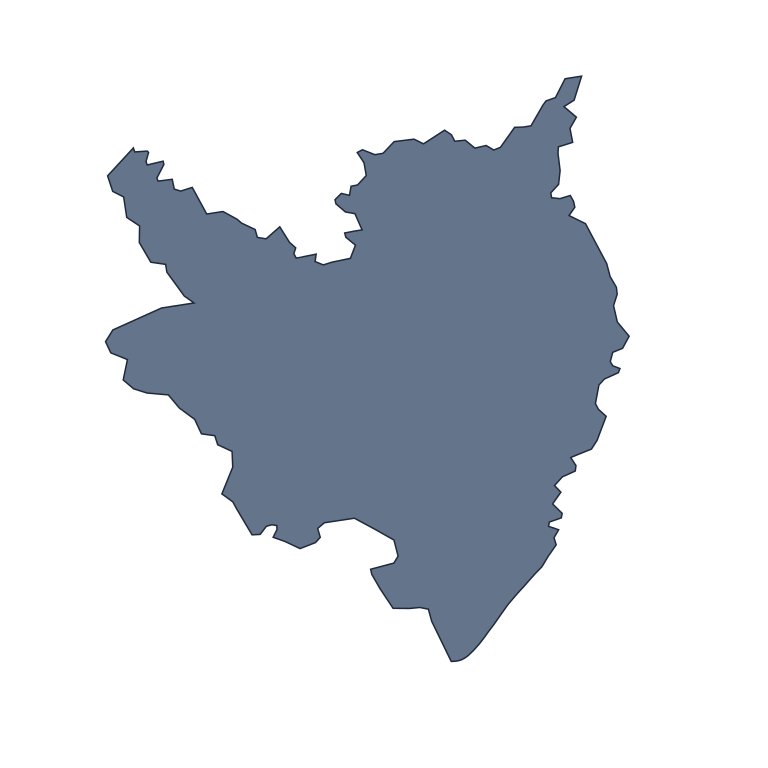 Lorenzo Geyres, Paysandú, Uruguay, rotated 257°
{"feature_id": "84410073B97656346640878", "entity_name": "Lorenzo Geyres", "entity_type": "district", "adm_level": 2, "iso_a3": "URY", "parent_name": "Uruguay", "parent_adm1": "Paysandú", "projection": "orthographic", "projection_center": [-57.922, -32.146], "detail": "fine", "context": "isolated", "style": "filled", "palette": "slate", "viewbox_px": 768, "rotation_deg": 257, "n_neighbors": 0, "source": "geoboundaries", "source_scale": "gbopen_adm2", "svg_char_len": 2602}
<svg xmlns="http://www.w3.org/2000/svg" viewBox="0 0 768 768"><g transform="rotate(257 384 384)"><path d="M617.1,415.7L615.6,410.0L604.0,414.3L591.1,413.6L583.9,403.0L584.1,396.4L575.6,392.8L579.3,385.3L574.6,377.7L570.3,377.7L560.3,385.1L556.5,394.0L539.1,397.3L539.6,390.1L540.0,379.7L535.6,379.8L525.7,387.4L514.0,379.5L514.4,360.9L513.7,351.7L518.8,344.4L525.8,347.1L526.4,326.8L531.3,325.5L536.5,328.6L543.3,323.8L560.6,317.8L552.0,301.8L555.3,293.6L563.5,293.2L572.9,281.3L577.4,278.1L588.3,265.9L589.5,249.5L618.7,241.4L617.7,229.3L621.1,223.5L631.1,223.7L632.5,209.5L635.8,209.1L647.4,218.9L650.8,218.9L650.7,202.5L654.3,202.2L662.6,206.7L664.2,205.7L666.2,193.3L670.4,192.9L649.0,161.5L632.7,163.0L624.8,172.4L604.2,170.8L593.0,181.4L576.9,177.4L555.1,184.2L549.7,198.1L541.8,197.6L514.6,209.2L505.7,217.1L508.1,184.3L497.7,132.0L487.9,122.2L475.8,124.8L465.5,139.5L446.6,130.8L435.6,139.0L428.5,151.1L421.9,171.4L406.6,179.2L392.1,191.6L376.5,194.9L371.7,207.5L362.2,208.3L352.5,220.8L337.0,217.9L313.4,201.3L303.1,210.2L295.2,212.4L266.7,221.5L265.3,229.5L271.8,237.4L272.1,243.0L270.2,247.7L266.3,247.0L259.6,241.5L252.6,252.4L242.5,265.2L244.9,281.6L248.9,287.4L258.2,286.9L262.2,294.7L259.9,324.9L244.2,342.8L229.7,358.6L213.1,359.0L207.3,353.3L206.5,329.3L201.2,329.3L185.4,334.1L163.4,342.4L159.5,358.6L158.2,368.6L154.6,376.6L142.0,377.1L98.5,387.1L97.8,391.6L97.6,394.3L97.9,397.8L99.0,401.6L100.6,405.2L104.2,411.2L107.3,415.6L109.7,418.9L114.6,424.9L119.4,430.3L124.8,436.8L133.6,446.6L141.3,455.3L146.8,462.7L147.8,464.0L152.1,470.1L155.0,474.4L160.3,481.7L165.6,489.3L170.3,496.6L173.2,499.5L179.2,505.2L182.2,508.6L183.3,509.8L188.6,515.6L196.0,515.1L202.7,521.4L208.3,512.3L212.3,514.1L213.7,526.7L217.9,528.5L229.2,521.3L238.8,532.0L246.7,527.3L253.4,536.9L256.2,550.8L261.3,552.7L270.4,549.4L271.8,558.0L273.9,571.5L281.1,578.9L302.5,593.2L311.2,587.2L317.3,585.6L334.7,593.2L339.3,599.9L342.3,614.9L346.0,617.4L350.3,611.0L354.9,609.5L363.4,614.0L365.1,624.5L375.4,633.6L391.9,625.3L408.7,625.3L419.0,631.4L425.9,632.2L437.8,628.5L451.2,628.1L494.9,616.4L506.5,602.2L513.3,609.7L519.3,609.8L525.8,607.9L525.0,597.2L527.8,589.2L532.7,589.5L539.2,599.0L552.3,603.6L569.4,605.4L575.8,607.2L577.0,622.2L591.2,622.7L600.7,631.5L613.8,621.7L617.8,633.1L639.5,645.8L640.7,629.1L624.5,615.5L623.4,605.6L620.0,601.6L602.5,585.3L603.0,577.6L604.7,569.0L588.4,550.7L587.3,543.6L593.4,537.2L593.4,525.6L603.3,518.0L604.6,507.6L611.6,505.8L617.7,500.1L609.1,476.5L615.8,468.4L617.9,448.4L609.0,435.0L609.5,426.7L617.1,415.7Z" fill="#64748b" stroke="#1e293b" stroke-width="1.5"/></g></svg>